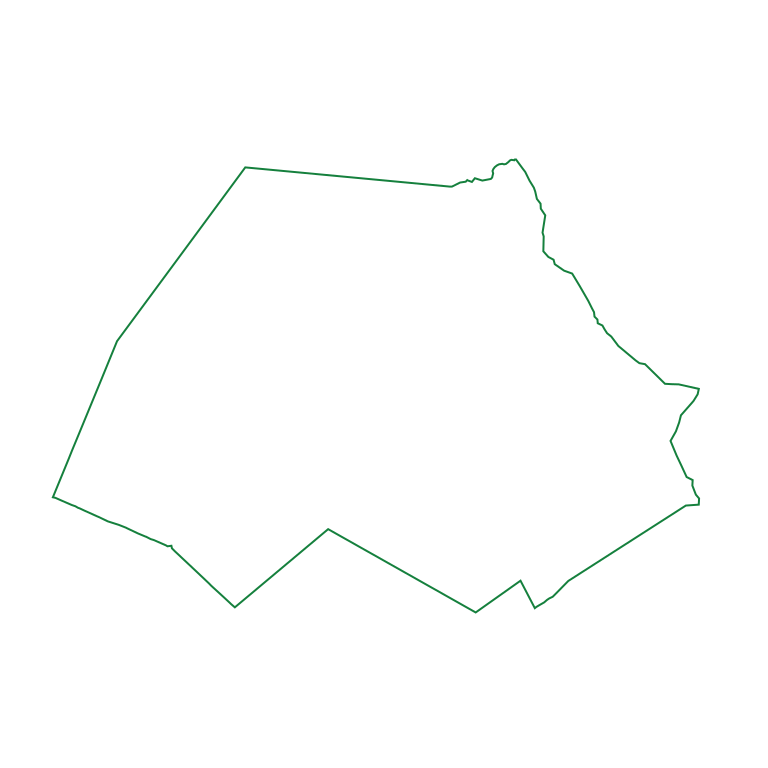 Pinotepa de Don Luis, Oaxaca, Mexico (Equal Earth projection), rotated 274°
{"feature_id": "50627088B98184745232294", "entity_name": "Pinotepa de Don Luis", "entity_type": "district", "adm_level": 2, "iso_a3": "MEX", "parent_name": "Mexico", "parent_adm1": "Oaxaca", "projection": "equal_earth", "projection_center": [-97.962, 16.403], "detail": "fine", "context": "isolated", "style": "outline", "palette": "green", "viewbox_px": 768, "rotation_deg": 274, "n_neighbors": 0, "source": "geoboundaries", "source_scale": "gbopen_adm2", "svg_char_len": 1762}
<svg xmlns="http://www.w3.org/2000/svg" viewBox="0 0 768 768"><g transform="rotate(274 384 384)"><path d="M247.9,61.6L247.5,64.2L245.1,70.8L241.5,81.0L240.5,84.7L239.2,87.3L238.7,89.1L236.8,94.0L232.0,107.0L231.5,108.5L227.7,118.1L225.0,129.2L222.6,136.8L222.3,137.4L217.8,148.9L215.1,156.9L215.1,157.2L213.0,162.1L212.3,165.2L207.8,177.8L207.0,179.3L207.8,183.2L205.3,183.9L202.5,187.1L191.0,201.2L183.0,211.0L172.8,223.4L170.9,225.5L169.2,227.6L160.0,239.2L154.5,246.0L154.1,246.4L150.8,250.8L235.3,338.4L162.5,491.4L197.3,533.9L170.9,550.1L172.2,551.5L174.3,554.5L177.3,559.0L180.0,561.7L181.7,563.9L183.5,567.1L185.3,568.7L200.4,581.6L283.8,693.6L285.6,706.4L291.8,706.3L295.4,702.8L304.2,698.7L309.7,698.6L312.3,692.4L323.6,686.2L333.0,680.9L340.2,677.3L347.2,673.8L357.1,678.5L366.2,681.1L373.5,682.4L388.6,693.9L395.6,697.6L401.1,698.4L404.2,678.0L403.9,671.1L403.8,664.3L422.0,643.0L422.6,637.3L425.2,633.2L438.3,615.1L447.2,607.4L450.2,603.0L453.8,600.3L457.6,597.8L459.5,593.0L463.2,592.4L465.9,589.3L470.3,588.5L473.8,586.3L481.1,582.0L495.5,572.3L507.3,564.0L509.6,555.8L515.4,546.0L519.8,544.5L522.2,539.1L527.5,533.7L542.4,533.0L546.0,531.6L563.5,533.1L569.8,528.2L574.8,527.6L579.3,523.6L584.3,522.1L586.6,521.4L590.3,519.8L597.0,515.0L605.4,510.1L608.7,507.2L617.2,500.0L617.0,498.7L616.3,498.4L616.5,495.4L615.9,494.2L613.9,492.4L612.0,490.3L611.5,488.4L611.9,486.7L611.2,483.5L610.0,481.5L608.1,479.4L606.1,478.1L604.1,477.4L601.7,478.2L599.6,477.8L597.6,477.5L596.2,476.5L595.8,475.5L593.8,467.9L595.6,460.3L591.7,457.6L593.0,453.1L593.2,452.8L591.5,451.4L590.3,445.9L585.7,438.1L585.5,436.1L590.4,230.5L499.8,173.0L408.1,114.7L368.4,101.6L313.1,83.2L296.1,77.5L287.1,74.6L247.9,61.6Z" fill="none" stroke="#15803d" stroke-width="2"/></g></svg>